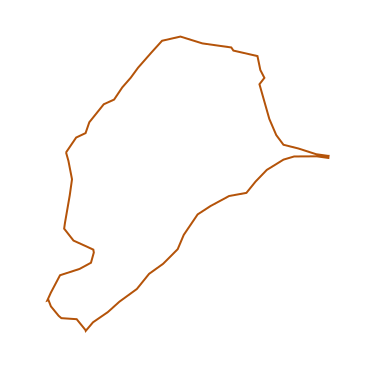 Prastio Pafou, Paphos, Cyprus (orthographic projection), rotated 188°
{"feature_id": "46923920B40507921688401", "entity_name": "Prastio Pafou", "entity_type": "district", "adm_level": 2, "iso_a3": "CYP", "parent_name": "Cyprus", "parent_adm1": "Paphos", "projection": "orthographic", "projection_center": [32.693, 34.785], "detail": "fine", "context": "isolated", "style": "outline", "palette": "amber", "viewbox_px": 384, "rotation_deg": 188, "n_neighbors": 0, "source": "geoboundaries", "source_scale": "gbopen_adm2", "svg_char_len": 936}
<svg xmlns="http://www.w3.org/2000/svg" viewBox="0 0 384 384"><g transform="rotate(188 192 192)"><path d="M277.9,39.7L271.9,49.2L258.6,61.4L248.6,73.3L233.1,88.3L223.1,105.0L210.6,116.9L198.2,133.4L194.2,148.4L183.3,170.6L171.7,180.7L154.7,193.2L138.0,198.7L130.5,211.2L121.0,224.3L105.9,236.8L95.8,241.4L73.4,244.7L61.7,244.7L61.8,246.8L62.6,246.7L74.3,246.7L92.8,249.9L108.0,251.5L116.5,260.1L125.6,275.1L140.2,308.1L136.2,315.1L141.3,322.3L146.1,335.7L170.7,337.8L173.2,340.6L202.4,340.6L225.1,344.3L242.7,337.6L251.8,324.2L262.7,307.6L268.6,296.6L275.6,285.9L282.0,272.7L291.6,266.6L303.4,246.8L305.6,235.5L314.3,229.8L322.2,213.7L322.3,213.8L318.7,205.6L312.6,187.9L312.6,171.7L313.5,143.6L313.5,137.9L302.6,127.4L281.7,121.2L280.8,118.4L282.2,107.9L292.6,100.2L311.1,91.2L317.8,72.6L320.2,64.4L319.1,65.0L315.8,59.1L306.8,50.8L303.8,48.9L288.5,50.0L278.2,40.4L277.9,39.7Z" fill="none" stroke="#b45309" stroke-width="2"/></g></svg>